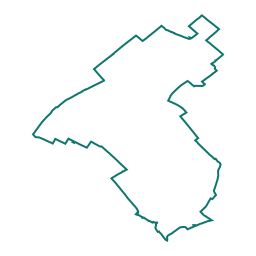 the district of George Enescu, Botosani, Romania
{"feature_id": "2599482B98474563390091", "entity_name": "George Enescu", "entity_type": "district", "adm_level": 2, "iso_a3": "ROU", "parent_name": "Romania", "parent_adm1": "Botosani", "projection": "natural_earth1", "projection_center": [26.526, 48.025], "detail": "fine", "context": "isolated", "style": "outline", "palette": "teal", "viewbox_px": 256, "rotation_deg": 0, "n_neighbors": 0, "source": "geoboundaries", "source_scale": "gbopen_adm2", "svg_char_len": 5695}
<svg xmlns="http://www.w3.org/2000/svg" viewBox="0 0 256 256"><path d="M211.7,220.3L210.7,219.7L210.2,219.2L209.4,218.7L209.0,218.5L207.8,217.7L207.5,217.5L207.3,217.4L206.6,217.0L206.2,216.5L205.8,216.3L205.7,216.3L203.9,215.3L203.1,214.4L202.5,213.9L202.4,213.7L202.2,213.5L201.7,213.0L201.3,212.5L200.9,212.2L200.5,211.7L201.6,210.7L202.8,209.5L204.7,207.7L205.9,206.6L210.6,198.4L212.4,199.1L215.2,195.8L216.0,195.0L214.2,191.8L213.8,190.6L214.3,189.5L215.1,187.2L217.1,180.8L217.4,179.9L218.3,175.8L218.2,174.6L218.2,174.3L218.1,173.0L218.2,172.3L218.1,170.8L218.8,169.0L219.8,167.2L220.0,166.6L220.6,164.4L220.4,164.2L220.2,163.9L219.8,162.9L219.6,162.7L219.2,162.4L217.7,161.5L217.4,161.3L217.3,161.1L217.1,160.6L216.1,159.5L215.8,159.1L215.8,158.9L215.7,158.7L215.4,158.7L215.2,158.9L214.9,159.1L214.4,159.0L214.0,158.6L212.5,157.0L209.2,154.3L208.4,153.4L206.6,151.7L205.8,150.9L203.1,148.3L200.4,145.7L198.1,143.4L197.1,142.0L195.9,141.1L195.5,140.7L195.2,140.4L195.6,140.1L196.1,139.8L196.8,139.2L198.1,138.1L196.7,136.4L194.8,134.0L189.8,127.8L188.9,126.7L188.0,125.5L187.5,125.1L186.3,123.5L185.7,122.7L183.7,120.4L180.3,116.3L183.5,114.3L186.4,112.6L184.4,110.2L184.1,109.8L182.2,108.0L181.7,107.7L178.9,105.8L176.9,104.7L176.1,104.3L171.6,102.2L168.2,100.7L170.2,96.8L170.4,96.0L171.3,94.9L172.0,93.8L173.0,92.8L176.9,89.0L179.0,87.1L181.2,85.2L187.6,81.0L190.8,83.5L191.7,84.4L193.4,85.7L194.0,86.3L194.8,86.0L195.7,85.8L202.0,86.0L202.5,85.9L203.9,85.1L204.7,84.5L204.9,84.3L204.9,84.2L204.3,83.7L203.3,82.9L202.0,81.6L208.9,76.7L212.8,73.8L212.7,73.7L215.3,71.8L216.7,70.7L215.4,69.3L215.0,68.9L214.9,68.3L215.0,67.8L215.0,67.4L214.9,66.9L214.7,66.6L214.0,65.6L213.6,65.4L212.0,64.5L211.4,63.9L212.2,63.3L212.3,63.4L215.4,61.1L215.7,60.9L215.9,60.6L215.8,60.4L216.0,60.4L218.6,58.3L222.5,55.1L222.7,54.9L223.0,54.4L217.3,49.5L212.5,45.6L210.3,43.6L209.6,43.0L208.0,41.9L206.2,40.3L207.6,39.2L208.4,38.6L209.2,37.8L209.5,37.4L214.3,33.5L215.1,32.6L216.1,31.9L219.0,29.1L212.3,23.7L208.0,20.4L204.9,17.7L203.9,17.0L201.9,15.4L201.2,15.9L199.6,17.5L198.2,18.6L197.4,19.0L188.9,26.2L197.4,33.6L194.2,36.2L191.7,38.0L191.0,37.9L190.1,37.6L190.3,37.9L190.7,38.4L190.8,38.5L190.6,38.6L190.2,38.6L189.6,38.8L189.1,38.9L188.7,38.9L187.2,38.2L184.7,37.4L180.3,35.6L175.7,34.0L174.3,33.4L174.2,33.1L174.2,32.9L173.9,32.8L173.2,32.8L173.0,32.7L172.3,32.2L171.9,32.0L171.7,32.0L171.1,32.0L170.9,31.8L170.5,31.6L168.7,30.8L167.9,30.4L167.3,30.2L166.9,30.1L166.7,30.1L165.9,29.7L165.6,29.5L164.7,28.5L163.7,27.5L161.5,25.8L159.9,27.2L155.4,30.9L148.9,36.1L146.4,38.2L142.6,41.0L138.7,37.7L136.0,35.6L133.2,37.8L130.2,40.1L128.6,41.3L125.0,44.1L119.7,48.4L112.9,54.1L113.1,54.2L107.1,58.7L104.2,61.0L102.7,62.1L98.8,65.2L95.5,67.9L94.0,69.1L101.6,77.8L102.8,79.0L103.9,80.2L104.0,80.6L100.1,82.6L96.1,84.5L89.0,88.1L86.0,89.6L85.9,89.6L85.7,89.4L85.5,89.5L82.7,90.9L82.5,91.0L82.4,91.2L82.4,91.4L82.3,91.5L79.6,92.9L78.2,93.5L76.6,94.5L76.2,94.8L75.7,94.9L72.0,97.1L68.9,98.7L66.6,99.7L64.2,101.5L59.5,105.3L59.1,105.8L57.9,106.8L57.3,107.3L57.1,107.3L56.6,107.2L56.2,107.2L55.9,107.3L53.9,109.2L52.7,110.2L52.0,111.0L51.7,111.6L51.0,112.6L51.0,112.9L46.3,117.4L42.1,122.0L33.0,134.4L35.1,136.7L35.6,137.1L39.0,137.4L39.4,137.5L41.9,138.6L42.5,138.8L50.1,142.3L51.9,143.0L52.7,143.5L54.8,139.9L55.3,138.9L60.8,141.6L65.3,143.7L66.0,142.5L66.4,142.1L67.0,141.0L68.5,138.7L69.3,139.1L70.7,139.8L73.1,141.0L72.5,142.1L74.3,142.9L75.0,141.9L76.4,142.7L78.3,143.6L79.4,144.2L83.1,145.9L84.6,146.6L85.6,147.1L86.8,147.7L87.2,147.1L88.3,145.6L89.0,144.6L91.0,141.7L91.6,141.9L92.5,142.4L93.4,142.8L93.6,142.9L94.2,143.5L94.8,143.7L96.8,144.8L98.1,145.5L100.1,146.5L100.5,146.6L101.4,146.4L101.7,146.5L101.8,146.6L102.6,147.3L107.1,151.4L109.1,153.1L110.0,153.8L110.8,154.7L114.2,157.7L118.4,161.7L118.7,162.0L119.3,162.7L119.8,163.1L120.9,164.2L121.1,164.3L121.2,164.5L125.6,168.5L126.7,169.6L125.8,170.0L124.6,170.6L123.8,171.3L123.3,171.4L123.0,171.5L122.7,171.4L122.4,171.5L122.2,171.7L122.0,172.0L121.9,172.2L121.3,172.6L119.9,173.3L119.0,173.7L116.8,175.0L113.3,177.2L112.4,177.7L111.4,178.4L112.4,179.5L115.9,183.3L117.5,185.4L119.8,188.1L120.4,188.9L122.3,191.3L125.1,194.6L127.3,197.6L128.6,199.2L130.8,201.7L135.2,206.7L137.1,209.0L137.4,210.0L137.9,210.9L138.1,211.2L138.3,211.4L138.3,211.6L138.0,212.8L137.3,212.6L135.9,214.3L136.7,214.6L137.0,214.8L137.8,214.9L139.0,215.2L139.5,215.5L140.2,216.1L142.1,217.0L142.1,217.3L142.1,217.5L142.3,217.5L142.4,217.4L142.6,217.5L142.8,217.8L143.1,217.9L143.4,217.6L143.9,217.6L144.6,218.2L147.8,220.3L148.8,221.0L149.3,220.9L150.0,221.2L150.9,221.7L151.9,222.3L152.7,222.6L153.2,221.9L153.7,222.0L153.9,222.1L154.0,222.2L154.1,222.3L154.7,222.5L155.0,222.6L156.2,223.0L156.9,222.4L157.6,222.1L156.7,223.2L156.5,223.4L156.5,223.5L156.2,223.7L156.0,224.2L156.0,224.6L156.1,225.4L156.0,225.8L155.9,226.1L155.8,226.4L155.4,227.2L155.4,227.4L155.5,228.0L155.6,228.5L155.8,228.9L156.5,229.9L157.0,230.8L157.7,231.7L157.8,231.9L158.1,231.9L159.0,231.6L159.1,231.9L159.3,232.1L160.8,233.6L161.5,234.3L162.3,235.5L165.1,239.2L165.5,239.6L166.0,240.0L166.7,240.4L167.1,240.6L167.3,239.9L167.1,238.3L167.1,237.5L167.1,236.9L167.3,236.5L167.8,235.8L168.0,235.5L170.0,234.3L170.9,233.9L172.1,233.2L172.7,232.8L172.8,232.6L173.3,232.2L173.6,232.0L173.8,231.9L175.9,230.4L176.8,229.7L180.2,227.3L181.9,227.2L183.3,226.9L185.3,227.2L185.7,227.3L186.1,227.6L187.3,229.1L187.5,229.3L190.7,228.0L190.9,227.7L191.3,227.5L192.2,227.4L192.5,227.3L193.2,226.9L193.7,226.6L194.0,226.4L194.0,226.2L193.4,225.2L195.4,225.1L195.7,225.8L197.4,225.1L200.6,223.7L202.2,223.3L206.1,221.8L207.6,221.2L209.3,220.9L211.7,220.3Z" fill="none" stroke="#0f766e" stroke-width="2"/></svg>